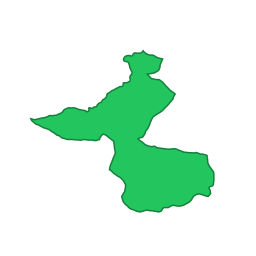 outline of Chongshing, Pemagatsel, Bhutan, rotated 104°
{"feature_id": "84629894B45511376632903", "entity_name": "Chongshing", "entity_type": "district", "adm_level": 2, "iso_a3": "BTN", "parent_name": "Bhutan", "parent_adm1": "Pemagatsel", "projection": "equal_earth", "projection_center": [91.349, 26.998], "detail": "fine", "context": "isolated", "style": "filled", "palette": "green", "viewbox_px": 256, "rotation_deg": 104, "n_neighbors": 0, "source": "geoboundaries", "source_scale": "gbopen_adm2", "svg_char_len": 5103}
<svg xmlns="http://www.w3.org/2000/svg" viewBox="0 0 256 256"><g transform="rotate(104 128 128)"><path d="M49.4,132.0L50.5,132.5L51.2,132.8L51.8,133.2L52.2,133.9L52.5,134.6L52.8,135.4L53.0,136.2L53.1,137.1L53.2,137.9L53.3,138.7L53.5,139.5L53.9,140.2L54.5,140.6L55.3,140.9L55.9,141.1L56.6,141.3L57.2,141.7L57.4,142.5L57.4,143.3L57.4,144.2L57.5,145.0L57.8,145.7L58.1,146.5L58.6,147.2L59.1,147.7L59.7,148.3L60.3,148.6L61.0,148.8L61.6,149.0L62.3,149.0L63.0,148.8L63.6,148.4L64.0,147.6L64.0,146.8L64.0,145.9L64.0,145.1L64.0,144.2L64.4,143.5L64.9,143.0L65.6,142.6L66.2,142.2L66.8,141.8L67.5,141.5L68.1,141.2L68.8,140.9L69.4,140.5L70.0,140.0L70.6,139.5L71.2,139.1L71.8,138.6L72.3,138.0L72.9,137.5L74.0,137.3L75.0,137.6L76.4,138.3L77.1,138.4L77.9,138.5L78.6,138.4L79.2,138.2L79.9,137.8L80.6,137.5L81.3,137.5L82.0,137.6L82.6,137.9L83.0,138.7L83.6,139.2L84.1,139.7L84.5,140.4L84.8,141.2L84.9,142.0L85.0,142.9L85.5,143.4L86.2,143.4L86.9,143.3L87.6,143.1L88.3,143.2L89.0,143.5L89.3,144.3L89.5,145.1L89.8,145.9L90.4,146.6L91.4,147.6L92.5,149.1L93.3,149.8L93.8,150.3L94.3,150.8L94.8,151.4L95.3,152.0L95.7,152.7L96.3,153.2L96.9,153.7L97.5,154.1L98.1,154.6L98.6,155.1L99.1,155.7L99.5,156.2L100.1,156.5L100.8,156.6L101.5,156.5L102.2,156.5L102.9,156.5L103.6,156.6L104.2,156.9L104.8,157.4L105.4,157.9L106.6,159.1L107.3,159.6L108.0,159.7L108.7,159.9L109.4,160.2L109.9,160.7L110.4,161.4L110.9,162.0L111.4,162.5L112.1,162.8L112.7,163.2L113.3,163.5L114.0,163.5L114.7,163.8L115.2,164.3L115.5,165.0L115.8,165.6L116.1,166.3L116.7,166.8L117.3,167.2L117.8,167.7L117.8,168.6L117.6,169.4L117.6,170.2L118.0,170.8L118.7,170.8L119.4,170.4L120.1,170.2L120.8,170.3L121.4,170.7L122.0,171.2L122.3,171.9L121.7,173.0L121.5,174.1L121.5,175.0L121.7,175.8L121.7,176.5L121.8,177.7L121.9,179.7L121.8,181.2L121.5,182.9L121.5,183.9L121.4,184.7L121.9,186.9L122.3,188.0L122.5,189.2L122.6,190.0L122.9,190.7L123.8,192.2L125.7,194.4L127.5,195.2L128.6,195.6L129.5,196.3L130.2,197.2L131.5,199.0L132.6,200.2L133.0,200.7L133.5,202.3L134.0,203.5L134.6,205.2L134.7,206.6L135.3,207.7L136.2,208.6L136.8,209.3L137.5,210.3L138.4,212.1L139.1,213.9L140.5,216.6L141.3,218.1L141.9,219.2L142.6,221.0L142.5,224.5L144.0,223.4L145.2,221.1L145.6,220.1L146.1,219.0L146.5,218.3L146.7,215.8L146.9,215.0L147.4,212.9L148.2,210.0L148.3,207.4L148.5,205.6L148.7,203.9L149.3,202.6L149.8,201.5L150.8,198.1L152.1,195.3L152.1,194.2L152.2,192.9L152.9,191.3L153.2,190.4L153.6,189.9L153.6,188.5L153.7,186.2L153.8,184.5L153.7,183.4L153.2,181.7L152.9,180.7L152.5,178.5L152.3,176.5L152.0,175.4L151.6,173.2L151.3,171.2L150.9,170.1L150.1,168.6L149.8,167.8L149.5,165.5L149.4,164.7L149.2,162.7L148.5,161.1L148.5,159.9L148.2,156.9L147.8,155.6L146.8,154.3L146.2,152.9L145.5,152.9L144.7,153.0L142.4,152.2L141.6,151.8L141.0,151.4L139.9,150.5L140.1,148.5L140.5,147.1L141.7,144.6L143.0,141.8L143.7,140.2L144.3,138.7L145.6,138.2L148.1,137.2L150.8,136.2L153.6,134.9L155.5,134.2L157.8,134.5L161.3,135.1L165.0,135.5L167.8,136.0L169.7,136.1L171.5,136.0L173.0,135.9L173.5,134.1L175.2,131.3L176.2,129.0L176.3,128.3L177.3,126.1L178.0,123.3L180.1,119.9L183.7,116.6L186.4,116.1L190.5,115.9L191.8,116.3L193.6,116.9L195.9,117.5L197.9,116.5L200.9,114.6L203.0,111.5L203.6,110.1L204.7,108.4L205.8,106.4L206.0,103.7L206.1,102.5L206.6,99.7L206.6,97.5L206.4,95.7L204.1,91.8L203.1,89.9L203.0,87.3L202.4,83.9L202.1,80.4L202.1,78.3L201.5,76.9L200.8,75.9L199.6,75.3L197.5,74.8L196.4,73.6L196.1,72.0L195.4,69.6L194.4,68.5L192.7,66.9L192.0,64.9L191.8,61.7L191.3,58.9L190.2,56.6L188.9,54.7L186.6,52.3L185.2,50.8L182.7,49.2L180.7,48.6L178.5,47.9L177.6,47.2L175.6,45.2L174.7,42.8L174.7,41.4L175.0,36.6L175.2,34.8L174.8,33.5L174.2,33.4L172.9,32.4L172.3,32.3L171.2,32.1L168.8,33.1L167.5,34.3L166.6,34.9L165.7,34.7L165.0,34.1L164.1,32.7L163.5,31.8L162.1,31.5L161.5,31.6L159.8,31.8L158.2,32.0L157.4,32.1L156.1,32.5L154.4,32.9L152.5,33.4L150.0,34.3L147.6,37.1L145.9,39.2L145.1,40.0L142.6,42.1L139.3,43.2L138.1,43.7L137.0,44.3L136.4,44.4L135.8,44.4L135.3,45.6L135.3,46.7L135.3,48.4L135.3,49.5L135.8,51.3L135.4,54.0L135.3,56.0L136.0,57.2L136.3,58.4L136.6,59.8L136.9,61.3L137.2,62.9L137.3,63.6L137.4,64.5L137.8,67.1L137.8,69.0L137.6,70.4L137.5,71.2L137.1,74.2L136.8,75.5L136.8,77.7L137.5,79.9L138.1,81.4L138.6,82.8L138.8,83.5L139.6,90.2L140.2,95.3L139.5,96.7L139.3,97.5L139.6,98.8L140.4,100.8L140.5,102.7L140.5,103.8L140.3,105.5L140.1,106.7L140.0,107.4L138.2,110.8L137.4,113.2L136.2,115.6L134.7,114.2L133.4,111.6L132.2,111.2L129.7,110.2L126.9,110.1L123.7,108.7L120.4,108.0L116.7,107.6L112.9,106.9L112.0,106.7L111.4,106.5L109.6,105.1L107.6,103.3L105.4,101.0L102.7,98.7L99.6,97.0L96.1,94.9L92.6,93.1L89.1,91.4L86.8,91.4L86.0,91.2L85.3,91.0L84.7,90.7L83.6,90.5L82.7,92.4L81.8,94.8L80.8,97.0L79.3,99.2L77.8,101.7L75.3,105.3L74.4,107.3L73.6,109.2L73.7,110.3L73.9,111.3L74.2,112.6L74.2,113.7L74.3,115.3L74.4,117.2L72.2,120.6L71.0,122.3L70.8,121.6L70.0,119.7L68.6,116.7L68.3,116.0L67.4,114.9L66.5,113.9L65.6,113.1L64.9,112.4L63.6,112.0L61.5,111.7L59.1,112.1L52.6,111.1L52.7,113.1L52.7,115.7L52.4,117.5L51.6,119.7L51.3,122.2L51.8,123.6L52.0,125.3L51.6,128.0L50.6,130.4L49.4,132.0Z" fill="#22c55e" stroke="#15803d" stroke-width="1.5"/></g></svg>